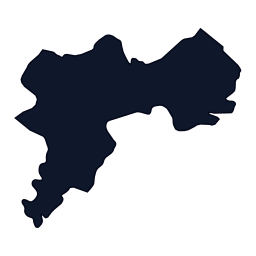 the border of Offaly
{"feature_id": "IRL-716", "entity_name": "Offaly", "entity_type": "County", "adm_level": 1, "iso_a3": "IRL", "parent_name": "Ireland", "parent_adm1": "", "projection": "mercator", "projection_center": [-7.645, 53.14], "detail": "fine", "context": "isolated", "style": "filled", "palette": "ink", "viewbox_px": 256, "rotation_deg": 0, "n_neighbors": 0, "source": "natural_earth", "source_scale": "10m", "svg_char_len": 3583}
<svg xmlns="http://www.w3.org/2000/svg" viewBox="0 0 256 256"><path d="M222.8,46.9L222.6,50.5L223.4,51.7L237.7,65.4L239.9,68.7L240.6,70.7L239.8,71.7L239.2,73.1L239.1,75.8L238.6,77.2L238.1,78.1L236.4,79.0L235.6,80.3L235.1,82.3L235.0,86.5L234.8,88.8L234.4,90.5L233.7,91.4L232.0,93.0L226.5,97.2L225.5,98.3L225.5,99.1L226.2,99.9L227.1,100.5L228.2,101.0L229.3,101.3L232.0,101.4L233.5,101.7L235.0,102.9L235.3,104.1L234.8,105.3L234.0,106.8L233.4,109.2L232.8,110.8L232.1,112.0L231.1,112.6L214.2,113.0L211.4,112.4L210.0,112.4L208.6,112.8L208.4,113.7L208.9,114.4L217.2,117.4L219.0,119.1L214.8,124.1L211.8,124.9L209.5,124.2L200.3,123.9L196.4,124.9L194.7,126.2L188.1,129.6L184.5,130.4L179.2,130.5L177.0,129.7L175.6,128.8L175.1,127.7L174.1,125.6L173.7,124.4L173.4,123.1L173.2,118.9L172.9,117.6L168.3,109.8L167.4,108.5L166.0,107.3L163.2,105.6L161.4,105.1L159.8,105.0L154.5,105.8L152.4,107.0L151.7,107.9L151.2,108.8L150.9,109.8L150.6,111.7L150.1,112.8L149.1,113.9L147.3,113.8L140.5,111.9L138.1,111.6L136.3,111.7L108.8,120.4L107.3,121.4L106.6,122.3L106.1,123.5L105.8,124.8L105.6,126.1L105.7,127.4L106.0,128.6L106.4,129.7L107.4,131.8L113.2,140.2L114.7,141.8L115.2,142.6L115.6,143.7L115.5,144.8L115.1,145.9L113.9,148.0L113.4,149.1L113.1,150.3L112.5,151.4L110.9,153.2L105.8,157.0L104.9,158.0L104.3,158.9L103.7,160.0L103.0,162.4L102.5,163.6L101.8,164.5L101.0,165.3L97.6,168.1L97.0,169.0L96.3,169.9L95.4,172.2L94.2,176.9L93.7,182.1L93.5,183.4L93.1,184.6L92.5,185.6L90.8,187.9L87.4,191.8L73.7,186.9L69.9,187.3L67.9,190.2L65.3,192.4L62.6,194.0L61.4,195.1L61.1,196.0L61.4,196.5L62.0,197.2L62.5,198.1L62.8,199.1L62.6,200.3L62.2,201.2L61.2,203.0L60.8,203.5L53.9,209.3L51.2,212.1L47.7,216.8L46.4,217.5L45.4,217.5L44.7,216.9L42.9,215.0L41.8,214.5L41.3,215.0L41.2,216.0L42.3,220.8L41.9,222.5L40.9,224.4L38.3,227.1L36.7,227.1L35.6,226.5L34.4,223.5L33.9,221.9L33.8,220.6L33.6,219.3L33.0,218.3L32.3,217.7L28.3,216.2L27.0,215.2L26.1,214.3L25.5,213.2L25.0,212.2L24.9,211.0L25.1,208.4L24.9,207.1L24.4,206.0L23.1,204.0L22.6,203.2L22.3,202.2L22.3,201.0L22.9,200.2L23.8,199.7L25.0,199.9L26.1,200.2L29.3,201.8L30.3,202.0L31.2,202.0L32.1,201.8L32.9,201.3L34.6,199.9L35.9,198.4L36.7,197.1L37.2,196.2L37.6,195.0L37.8,193.8L37.6,192.4L37.1,191.1L36.3,189.8L33.1,186.0L32.6,185.1L32.3,183.9L32.4,182.6L32.8,181.6L33.5,180.7L34.4,180.1L35.6,179.9L39.5,180.5L40.7,180.5L41.8,180.1L42.4,179.3L42.5,178.2L42.2,177.4L41.8,176.8L41.3,176.1L40.3,174.4L39.8,173.3L39.4,172.1L39.3,170.7L39.3,169.4L39.4,168.0L39.7,166.7L40.2,165.5L40.9,164.6L41.8,164.0L44.3,163.4L45.4,163.0L46.2,162.2L46.6,161.0L46.6,159.7L46.5,156.8L46.7,155.4L46.9,154.1L47.3,153.0L48.2,150.9L48.5,150.0L48.6,149.3L48.5,148.1L47.8,145.9L47.3,144.7L46.3,141.4L45.3,138.6L44.4,137.2L43.4,136.1L30.1,129.9L15.4,118.0L23.3,112.3L32.3,108.7L36.0,105.1L37.6,99.2L35.9,95.1L24.7,86.3L22.0,82.6L21.7,81.4L21.3,79.3L22.6,75.8L27.0,68.3L28.6,64.9L30.4,62.7L39.0,55.2L42.8,50.0L52.3,52.1L53.8,52.7L54.7,53.4L55.4,54.3L57.4,55.5L59.6,56.3L60.5,56.9L61.6,57.5L62.7,57.4L64.0,55.6L65.1,54.8L67.1,54.6L75.1,56.0L81.5,54.7L92.2,50.3L93.9,48.8L94.2,47.6L94.4,46.2L94.8,45.1L96.1,43.3L99.4,40.2L106.0,35.6L107.6,35.3L109.9,35.3L112.9,36.4L116.6,39.0L119.8,40.7L120.4,41.5L120.8,42.3L121.0,43.1L121.3,45.3L122.8,51.5L123.2,52.7L125.7,58.0L127.9,62.0L128.6,62.9L129.3,63.7L130.3,64.1L131.2,63.7L131.5,62.0L131.5,60.6L131.8,59.4L132.7,58.6L135.1,58.8L136.3,59.4L138.1,61.3L139.3,61.8L142.2,62.0L143.1,62.5L144.7,64.4L146.4,64.6L149.1,64.2L161.7,59.0L181.6,41.0L182.9,40.1L184.5,39.3L192.5,37.9L195.3,35.8L200.5,28.9L222.8,46.9Z" fill="#0f172a" stroke="#020617" stroke-width="1.5"/></svg>